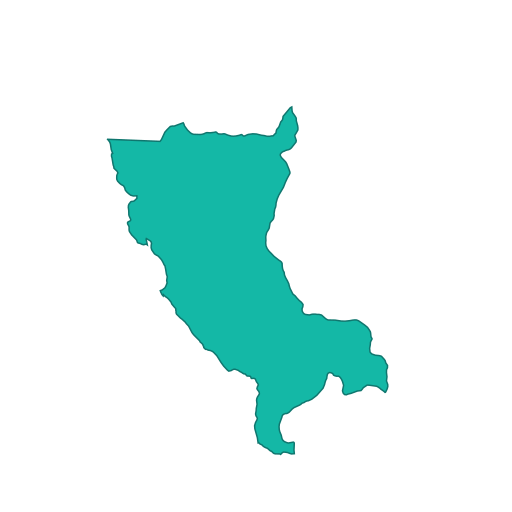 Colón, Putumayo, Colombia (Mercator projection), rotated 135°
{"feature_id": "7082276B98098551259160", "entity_name": "Colón", "entity_type": "district", "adm_level": 2, "iso_a3": "COL", "parent_name": "Colombia", "parent_adm1": "Putumayo", "projection": "mercator", "projection_center": [-76.958, 1.225], "detail": "fine", "context": "isolated", "style": "filled", "palette": "teal", "viewbox_px": 512, "rotation_deg": 135, "n_neighbors": 0, "source": "geoboundaries", "source_scale": "gbopen_adm2", "svg_char_len": 6119}
<svg xmlns="http://www.w3.org/2000/svg" viewBox="0 0 512 512"><g transform="rotate(135 256 256)"><path d="M125.3,336.1L126.9,336.6L138.0,335.6L138.7,335.2L139.2,334.7L140.8,333.7L141.4,333.5L143.7,333.3L148.2,331.2L149.3,331.0L151.9,330.8L152.9,330.3L155.1,328.8L157.0,329.0L158.5,328.8L159.0,328.9L160.2,330.0L161.6,330.9L163.6,332.9L165.0,335.3L166.8,337.6L169.4,341.9L171.9,344.7L175.6,347.5L177.7,348.4L178.1,348.4L179.6,349.2L180.0,349.7L180.2,350.5L180.2,351.8L180.6,352.3L182.5,353.2L185.3,355.0L187.3,356.7L188.7,358.3L190.5,361.5L191.6,364.2L192.2,365.1L194.3,366.7L196.1,368.7L196.5,369.9L196.4,371.4L196.9,372.3L198.1,373.0L201.4,375.6L203.5,378.0L205.0,378.8L206.1,379.1L208.1,380.2L209.6,381.4L214.1,386.2L214.9,387.8L215.3,389.6L215.4,393.5L214.8,397.1L214.7,398.2L213.6,400.5L213.3,401.7L222.0,405.7L222.3,406.0L223.2,407.0L225.0,408.2L229.7,408.2L232.9,408.0L240.5,405.2L242.8,404.9L278.8,443.9L278.4,442.8L278.9,439.9L279.7,438.2L283.1,433.6L284.8,429.9L286.0,430.2L287.5,428.9L288.5,427.1L292.6,421.4L293.3,419.9L294.4,418.4L294.3,414.1L294.9,412.4L296.4,411.9L297.7,411.2L299.5,409.5L300.3,408.5L300.9,406.8L301.0,404.1L300.9,402.6L300.7,401.4L300.2,400.1L300.1,399.0L300.7,396.9L301.8,395.1L302.1,392.9L302.0,390.2L301.6,387.6L300.3,385.2L297.7,382.8L299.4,381.0L301.9,381.0L303.6,381.2L304.2,381.5L305.3,382.5L306.3,382.9L309.2,382.5L310.5,381.9L311.9,380.7L313.9,378.1L316.9,374.9L317.6,373.5L318.5,370.9L318.8,370.4L319.2,370.0L319.8,369.8L320.3,369.9L321.8,370.4L322.5,370.6L323.1,370.5L323.6,370.1L324.1,369.4L324.8,367.1L325.1,366.4L327.4,364.1L328.2,362.8L329.0,358.9L329.1,352.0L329.3,351.3L330.2,349.5L330.2,348.7L329.1,346.9L328.3,344.7L327.5,343.4L325.2,342.0L325.0,340.7L323.0,343.7L322.5,344.6L321.8,345.6L321.2,345.9L320.9,344.9L320.1,341.4L320.1,340.4L321.0,338.7L322.4,337.8L324.3,336.0L325.4,334.0L326.3,329.3L325.8,327.0L325.4,326.0L325.2,324.8L325.4,321.0L325.6,319.6L326.3,317.1L327.2,314.7L327.3,313.5L329.2,310.6L332.3,306.3L332.9,305.0L333.4,304.1L336.4,301.9L337.8,300.0L338.4,299.5L339.0,299.4L340.1,298.8L342.5,298.0L342.9,297.9L346.2,298.3L348.2,299.2L349.0,297.5L349.3,296.3L349.5,296.1L349.8,294.8L349.9,293.3L348.8,293.9L348.9,293.2L348.7,291.0L348.3,289.0L348.3,287.0L348.7,283.4L349.5,281.6L349.9,277.3L349.9,275.6L351.1,274.3L351.8,273.2L352.7,272.4L353.3,271.1L353.3,265.4L353.0,263.6L352.8,259.1L353.1,257.5L353.2,254.1L355.4,247.1L355.6,245.9L355.8,243.8L355.8,236.0L356.3,234.6L356.1,232.7L356.2,231.0L356.8,230.0L357.0,229.0L357.7,228.1L357.7,225.7L356.9,224.9L356.4,223.3L355.2,221.6L354.7,220.5L354.2,219.0L354.1,217.6L354.2,213.2L356.0,205.4L356.7,201.0L356.9,195.8L356.7,193.9L355.8,193.3L354.5,192.5L353.2,192.2L351.9,191.7L350.9,190.8L349.4,187.7L349.2,186.0L348.5,183.9L348.3,182.6L347.9,181.2L347.0,180.1L347.2,178.2L347.2,177.7L346.8,177.0L346.1,176.3L345.2,175.2L345.2,174.3L345.8,173.1L345.8,172.6L343.9,170.9L343.6,170.0L343.5,169.4L344.6,166.8L344.8,165.3L345.2,163.7L345.8,163.1L347.6,162.5L349.1,161.6L349.5,160.6L349.8,158.2L350.2,157.3L350.7,156.5L351.4,156.0L354.9,155.2L356.6,154.4L357.7,153.5L360.1,150.4L363.5,148.1L365.3,146.5L368.0,144.6L369.0,143.0L369.5,140.9L370.0,140.1L371.4,139.4L374.0,138.6L377.0,137.0L379.0,134.6L383.5,126.6L386.7,122.3L386.1,122.0L386.1,120.1L385.4,118.5L385.4,116.3L385.2,115.3L384.8,113.9L383.9,111.9L383.7,108.4L383.5,107.6L383.1,107.0L383.1,104.5L382.9,103.6L382.2,102.4L379.3,99.4L379.0,98.8L378.9,98.3L376.5,98.3L375.3,98.0L374.2,96.8L372.7,94.8L371.6,92.3L370.9,91.0L368.7,89.1L366.3,92.0L363.2,94.8L361.2,96.7L361.0,97.4L361.2,98.0L365.4,100.9L366.2,102.3L367.2,104.8L367.3,106.7L366.8,108.4L364.9,111.4L363.4,115.0L362.3,116.8L360.4,119.0L358.4,120.6L351.7,123.7L350.6,124.4L349.2,124.7L347.9,124.4L346.5,123.7L345.7,122.9L344.4,122.4L343.0,122.1L338.4,122.2L336.3,121.9L331.0,119.9L329.3,119.4L327.6,119.4L325.6,118.4L324.3,118.2L322.7,117.6L321.3,116.6L317.8,115.3L311.5,114.5L302.1,115.1L298.5,116.6L296.7,117.7L294.6,118.8L292.6,119.4L291.1,120.6L289.3,121.8L287.9,122.1L286.5,121.7L285.4,120.2L284.9,118.6L285.4,116.9L284.9,115.5L284.1,114.1L282.5,112.5L282.3,110.5L282.8,108.2L283.5,106.3L285.5,102.6L290.2,99.5L291.3,97.4L291.4,95.5L290.3,94.0L288.6,93.3L286.0,91.7L279.7,88.8L276.9,86.6L275.1,86.7L273.2,87.0L268.7,86.1L267.3,84.6L262.8,78.6L262.3,77.0L261.9,74.9L261.9,73.6L261.4,70.9L261.2,69.3L261.2,68.3L260.8,68.1L260.0,68.3L257.2,69.3L255.1,70.5L253.7,72.0L252.1,75.4L251.2,76.1L248.8,78.0L246.2,81.3L244.1,83.3L242.1,84.0L240.4,85.6L239.8,88.7L238.8,90.4L238.4,92.0L238.2,96.3L238.4,96.9L239.4,98.6L241.8,101.5L242.7,103.4L243.3,104.7L243.4,105.9L243.4,106.8L243.2,107.6L240.9,110.4L238.0,112.4L236.0,114.1L235.1,114.5L232.8,115.2L232.3,115.7L232.0,117.1L231.4,118.1L229.4,120.5L228.7,121.6L228.3,123.1L227.6,126.7L228.0,130.5L229.2,137.4L229.8,138.9L230.2,139.7L231.4,141.0L233.0,142.3L235.6,144.1L238.8,146.7L240.1,148.0L241.7,149.7L245.4,154.7L250.2,159.7L250.8,161.1L251.1,162.8L251.4,167.9L252.7,170.1L254.1,171.5L255.3,173.1L257.4,175.1L260.0,176.6L262.5,179.9L262.9,181.3L262.8,182.9L262.2,184.5L260.8,186.1L258.8,187.0L257.8,187.8L257.0,188.5L256.6,191.2L256.9,194.1L256.8,197.3L256.5,199.9L256.8,203.2L255.5,207.0L254.9,208.9L253.7,211.2L252.5,213.1L251.4,216.1L250.4,219.7L249.3,222.4L247.6,224.6L247.1,226.5L246.0,228.5L244.5,230.4L242.7,232.4L242.3,233.7L242.4,235.3L242.8,237.0L243.5,243.0L243.4,246.3L243.4,250.2L242.9,253.3L241.7,256.2L239.8,258.5L238.0,260.0L235.7,262.5L234.7,263.3L232.0,265.0L230.5,265.4L228.6,265.8L226.9,266.4L222.9,269.3L220.9,269.7L219.1,269.7L217.3,270.0L214.6,271.7L213.2,273.3L209.4,276.0L207.6,276.7L205.9,277.9L204.3,279.3L200.6,281.4L196.8,282.9L188.0,285.2L183.2,287.3L179.1,288.8L173.7,290.4L172.7,291.3L171.3,294.2L169.0,299.6L168.5,301.7L168.4,307.5L168.1,308.9L167.6,310.1L166.8,310.8L165.5,311.0L163.5,310.9L161.8,310.1L160.5,309.7L158.8,308.8L157.9,308.2L156.5,307.6L154.5,307.4L147.1,308.3L145.8,309.3L143.7,313.5L142.9,314.0L140.8,314.5L137.3,315.5L135.8,316.9L134.4,318.7L132.2,322.6L131.5,323.6L130.6,324.4L129.9,325.5L129.4,327.7L128.8,331.5L127.8,333.2L125.3,336.1Z" fill="#14b8a6" stroke="#0f766e" stroke-width="1.5"/></g></svg>